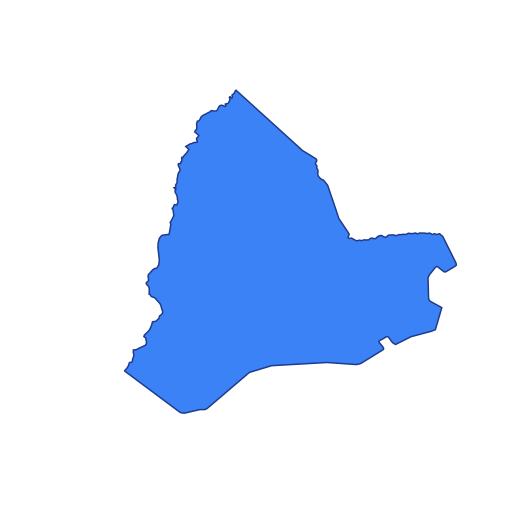 the border of Salamat, rotated 150°
{"feature_id": "TCD-1489", "entity_name": "Salamat", "entity_type": "Prefecture", "adm_level": 1, "iso_a3": "TCD", "parent_name": "Chad", "parent_adm1": "", "projection": "mercator", "projection_center": [20.31, 10.611], "detail": "fine", "context": "isolated", "style": "filled", "palette": "blue", "viewbox_px": 512, "rotation_deg": 150, "n_neighbors": 0, "source": "natural_earth", "source_scale": "10m", "svg_char_len": 5344}
<svg xmlns="http://www.w3.org/2000/svg" viewBox="0 0 512 512"><g transform="rotate(150 256 256)"><path d="M427.5,222.3L427.1,222.4L425.0,223.0L423.0,223.8L421.8,224.5L419.9,226.1L418.9,226.9L418.1,226.8L416.6,226.2L415.3,227.1L414.3,228.5L411.5,230.8L410.4,234.0L409.1,236.0L406.4,234.6L404.8,234.8L396.7,234.0L394.8,234.8L393.7,236.7L393.1,238.7L392.4,240.1L393.4,242.2L392.3,243.3L386.4,244.8L384.7,245.6L381.7,247.7L379.5,249.8L379.1,249.9L378.6,250.8L377.6,250.5L375.7,249.6L374.6,249.7L372.8,250.2L372.0,250.3L371.0,250.6L370.4,251.3L369.9,252.0L369.4,252.3L367.9,252.5L366.3,252.9L364.9,253.9L364.3,255.4L364.1,257.4L363.2,260.3L363.0,262.2L363.2,264.2L364.1,268.0L364.3,269.7L364.7,270.6L366.4,272.6L367.0,273.4L367.0,274.1L366.9,274.8L366.9,275.4L367.7,276.2L364.7,281.2L364.3,283.3L364.4,284.4L364.9,285.8L364.9,286.6L364.5,287.6L363.6,287.9L362.4,288.0L361.6,288.3L360.4,290.3L359.7,292.3L358.4,293.8L355.9,294.4L355.4,294.7L352.3,295.7L351.9,295.5L350.9,295.9L349.7,295.7L348.5,295.3L347.6,295.2L344.5,297.1L341.8,300.7L336.7,312.4L334.1,316.4L330.9,319.6L327.6,320.9L326.2,320.6L322.3,319.1L320.9,318.2L319.5,319.3L314.5,325.2L313.8,326.5L313.5,328.1L312.7,328.3L307.3,331.8L306.3,333.6L304.9,337.2L304.8,337.5L304.9,338.9L304.7,339.3L304.4,339.3L303.9,339.2L303.5,339.3L302.3,340.4L301.6,340.9L300.9,341.2L300.5,341.1L299.6,340.1L299.2,339.9L298.6,340.0L298.4,340.2L298.3,340.5L298.1,340.6L297.6,340.9L297.0,341.4L296.4,341.9L296.1,342.3L295.8,344.2L294.5,346.9L294.2,348.4L294.1,351.7L293.5,353.0L292.1,353.5L292.1,354.1L292.5,354.5L292.7,354.9L292.8,356.1L291.3,355.5L290.8,355.8L290.6,356.7L290.2,357.6L288.0,358.8L287.2,359.5L286.8,360.6L285.9,362.0L282.2,366.2L281.2,367.0L279.0,367.9L278.3,370.1L278.1,372.6L277.5,374.5L276.9,374.7L276.3,374.4L276.2,374.4L275.6,374.0L275.2,373.8L274.8,374.0L274.2,374.9L273.8,375.1L272.7,375.5L272.1,376.5L271.7,377.6L270.9,378.5L270.1,377.8L269.2,378.5L264.8,379.9L260.8,381.9L262.1,386.0L257.1,386.0L256.4,385.9L254.8,385.3L254.7,385.4L252.9,385.3L250.7,384.2L249.8,384.0L249.4,385.0L249.3,386.2L249.0,387.2L248.3,387.8L247.1,388.0L245.3,389.0L246.0,391.4L247.0,393.7L246.4,394.7L243.9,395.6L242.6,397.6L241.4,400.1L239.4,402.1L238.2,401.6L237.2,401.8L236.3,402.3L234.4,403.6L233.9,403.9L232.0,404.3L224.0,403.9L222.0,404.3L219.8,402.5L218.7,401.8L217.7,401.5L216.3,401.9L213.5,403.8L212.0,404.3L210.4,403.8L209.2,402.6L208.4,401.4L207.7,400.9L206.8,401.2L206.7,401.8L206.8,402.5L206.7,402.9L205.8,402.8L204.5,402.3L203.7,402.1L202.9,402.5L200.0,404.9L199.7,405.5L199.9,406.0L199.9,406.5L199.3,406.9L198.7,406.8L198.4,405.3L197.6,404.9L197.3,405.1L196.9,405.5L196.7,406.0L196.6,406.6L196.3,407.4L195.6,407.6L194.7,407.5L194.0,407.6L191.5,409.3L190.4,409.5L163.0,324.1L155.7,310.6L155.3,309.5L155.5,308.8L155.7,308.3L156.1,307.9L156.4,307.6L158.1,306.6L158.4,306.2L158.5,305.6L158.3,304.6L158.2,303.9L158.3,303.3L158.9,302.6L159.3,302.1L159.5,301.5L159.4,300.6L159.4,299.9L159.9,298.5L160.1,298.0L160.4,297.6L161.1,296.9L161.4,296.4L161.7,295.7L162.0,294.6L162.0,293.5L161.8,292.0L160.8,289.4L159.6,288.0L158.6,281.4L163.7,255.7L165.5,247.1L164.4,229.9L164.5,228.1L165.2,227.5L166.8,226.3L167.0,226.0L167.0,225.5L166.6,224.8L166.1,224.4L165.5,224.2L164.9,224.0L164.4,223.8L164.0,223.3L163.6,222.6L162.9,221.2L161.5,219.2L161.2,218.9L160.8,218.6L160.2,218.4L159.1,218.2L158.2,217.8L158.1,217.7L157.5,217.0L157.1,216.7L156.6,216.5L156.1,216.3L154.9,216.1L154.3,215.9L153.9,215.7L153.5,215.4L153.1,215.1L152.3,214.6L151.8,214.4L150.8,213.9L150.3,213.7L149.8,213.7L149.2,213.8L148.3,214.0L148.0,214.0L147.5,213.9L147.1,213.7L146.6,213.5L146.2,213.2L145.2,212.1L144.9,211.8L144.4,211.6L143.9,211.4L143.3,211.4L142.8,211.5L141.2,211.9L140.6,212.0L139.4,211.9L138.3,211.6L137.8,211.4L137.3,211.2L137.0,210.8L136.7,210.4L135.7,208.7L135.3,208.3L135.0,207.9L134.6,207.6L134.1,207.4L133.5,207.4L132.9,207.4L131.3,207.7L130.8,207.7L130.2,207.5L126.5,205.6L126.2,205.3L125.2,204.2L124.8,203.9L124.4,203.6L123.9,203.4L122.1,203.1L121.5,203.0L121.0,202.8L119.8,202.0L118.2,201.4L117.2,201.0L116.8,200.7L116.5,200.3L116.1,200.0L115.6,199.8L115.1,199.7L113.3,199.6L112.8,199.5L112.3,199.3L110.4,197.8L109.0,197.0L108.5,196.8L106.8,196.4L106.4,196.1L106.0,195.8L105.8,195.3L105.5,194.9L105.2,194.6L104.7,194.4L102.9,194.1L102.5,193.9L98.5,191.5L97.0,190.2L96.6,189.9L95.6,189.5L95.0,189.4L94.5,189.2L94.1,188.9L93.8,188.6L93.5,188.2L93.1,187.2L92.8,186.8L92.5,186.5L92.0,186.3L90.8,186.2L90.3,186.1L89.9,185.8L89.6,185.4L89.4,184.9L89.1,184.5L88.7,184.2L88.2,184.0L86.4,183.8L85.9,183.5L85.6,183.0L85.5,182.1L85.3,181.5L84.8,180.6L84.6,180.0L84.5,179.1L86.3,150.2L86.6,149.0L87.1,147.9L88.4,147.6L99.1,147.4L99.8,147.5L100.7,147.9L101.3,148.9L104.0,155.6L104.6,156.5L105.5,156.6L106.7,156.3L115.3,153.0L116.6,152.1L118.1,150.8L127.3,133.8L127.9,132.4L128.1,131.0L127.6,129.4L120.9,118.4L137.5,102.5L141.9,103.2L162.1,108.6L179.4,109.6L180.8,112.1L181.2,113.5L181.8,118.9L182.1,119.9L182.6,120.6L183.2,120.8L184.1,120.9L186.6,120.8L191.1,120.9L191.8,120.8L192.3,120.6L192.5,120.2L192.5,119.6L191.6,114.0L191.6,112.7L191.7,112.1L192.1,111.6L193.1,111.3L218.6,110.5L221.4,111.1L223.5,111.9L247.8,128.3L297.3,153.2L319.9,158.5L374.5,148.4L376.2,148.4L377.7,148.9L381.5,151.1L396.4,155.6L398.6,157.1L400.0,158.7L427.4,222.3L427.5,222.3L427.5,222.3Z" fill="#3b82f6" stroke="#1e3a8a" stroke-width="1.5"/></g></svg>